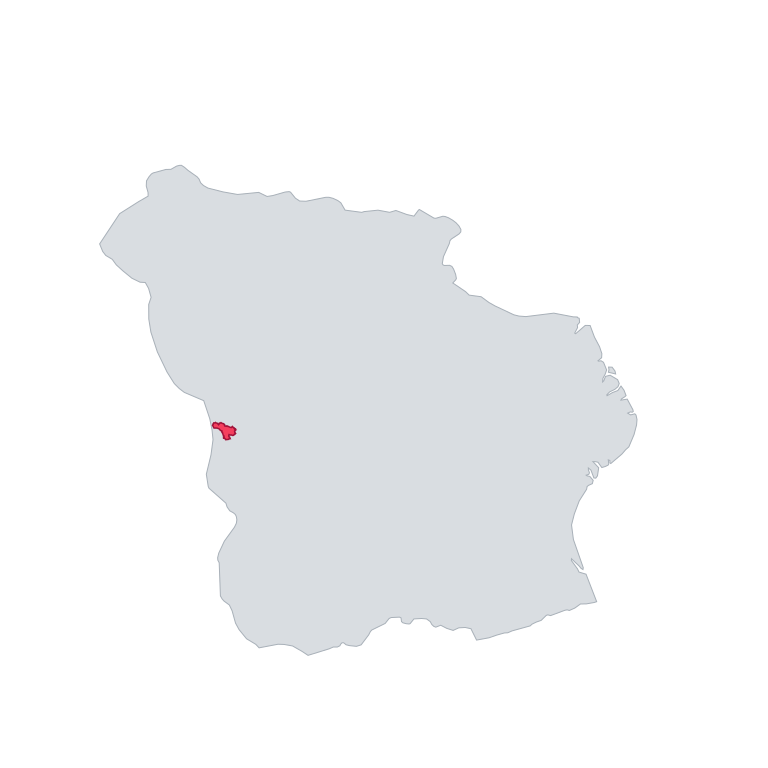 Babura, Jigawa, Nigeria (highlighted), rotated 250°
{"feature_id": "59680162B12953009585437", "entity_name": "Babura", "entity_type": "district", "adm_level": 2, "iso_a3": "NGA", "parent_name": "Nigeria", "parent_adm1": "Jigawa", "projection": "orthographic", "projection_center": [8.842, 12.599], "detail": "fine", "context": "in_parent", "style": "filled", "palette": "rose", "viewbox_px": 768, "rotation_deg": 250, "n_neighbors": 0, "source": "geoboundaries", "source_scale": "gbopen_adm2", "svg_char_len": 5718}
<svg xmlns="http://www.w3.org/2000/svg" viewBox="0 0 768 768"><g transform="rotate(250 384 384)"><path d="M612.9,164.7L634.5,193.9L639.3,215.8L641.2,226.6L644.7,227.8L651.3,228.3L656.1,230.3L659.0,233.9L660.9,237.2L661.3,239.2L660.2,252.4L658.6,257.2L659.7,263.7L659.4,266.5L658.8,268.4L655.9,270.6L651.9,272.8L642.5,279.3L639.8,280.3L635.8,280.5L632.3,282.2L628.3,285.6L619.6,298.4L612.2,311.2L606.9,331.8L600.2,338.3L599.1,344.0L598.2,356.8L597.2,360.7L596.2,361.8L588.9,364.3L584.8,367.3L582.4,373.2L579.4,392.9L578.3,396.1L575.9,399.6L572.2,403.3L569.1,405.4L560.7,406.9L552.9,421.8L552.8,424.3L549.4,437.8L543.4,448.0L543.0,454.5L535.4,463.5L531.5,469.6L535.6,475.9L535.9,476.9L522.8,487.7L522.0,489.3L521.5,496.7L520.5,498.7L518.1,501.5L514.5,504.5L510.9,506.8L506.8,508.5L502.9,509.1L500.7,508.2L499.4,506.0L497.2,496.9L496.1,495.0L493.5,493.3L483.3,483.4L477.1,479.9L475.8,480.2L474.8,481.1L473.1,486.2L471.3,488.0L468.1,488.7L462.5,488.8L458.4,488.1L457.4,487.1L455.4,483.2L442.8,492.3L438.4,494.4L432.8,505.1L424.8,510.4L419.3,515.1L404.6,529.7L401.7,534.0L398.8,540.4L392.5,567.8L382.3,584.9L380.9,588.5L380.3,588.4L379.0,589.9L375.0,588.9L373.3,585.8L370.8,585.2L366.6,580.6L365.7,581.3L370.2,593.1L368.5,597.7L356.1,597.8L345.3,599.3L338.0,599.1L334.3,597.5L332.6,593.0L332.0,593.5L331.6,595.9L329.3,597.7L321.0,598.0L317.4,595.0L314.4,591.6L311.2,590.1L311.7,591.5L315.4,594.8L314.9,599.5L308.2,605.0L304.0,605.2L301.4,602.9L300.0,599.0L299.4,593.3L297.6,589.6L296.7,589.6L297.8,595.7L297.9,601.5L301.0,606.0L296.1,607.4L290.3,607.5L289.6,605.8L288.8,602.1L287.8,601.1L286.6,607.4L274.6,609.1L272.9,608.8L272.6,607.6L273.5,605.9L273.3,603.0L270.6,605.2L270.2,609.5L268.7,610.2L264.1,609.6L259.1,607.3L251.0,601.7L241.2,592.6L239.6,588.6L236.8,583.6L231.7,569.9L232.6,569.3L234.9,570.1L236.0,568.8L231.9,567.8L231.1,566.8L230.8,563.8L231.0,560.1L237.3,558.3L238.7,556.1L239.6,553.8L231.9,557.1L224.7,553.2L223.1,550.8L223.9,549.1L232.3,549.0L235.2,547.3L233.4,546.7L230.3,546.7L229.1,545.6L229.2,542.8L228.2,543.4L226.8,545.8L221.9,547.6L219.1,545.7L218.8,541.7L218.2,539.8L215.8,538.4L207.4,527.5L196.8,518.4L187.4,512.0L173.1,508.8L143.2,508.4L141.6,507.5L143.4,506.1L146.0,505.2L155.7,500.4L154.1,499.7L144.1,502.6L140.6,502.9L136.2,508.8L106.7,509.4L106.8,506.7L108.2,498.8L110.1,493.4L108.2,486.7L107.8,480.7L109.1,478.9L109.5,476.7L109.4,461.3L111.0,459.0L111.1,457.4L108.1,450.8L108.2,445.8L107.7,440.9L106.7,438.7L108.2,419.9L107.9,415.2L108.9,411.9L109.5,403.8L109.6,395.9L111.7,383.4L124.3,382.0L127.4,377.1L129.3,370.9L128.8,364.7L132.9,359.4L137.9,354.8L137.8,349.5L139.2,347.9L141.6,346.7L144.9,346.2L148.7,343.6L150.8,339.1L153.0,331.8L149.9,326.6L149.9,325.5L151.2,322.8L153.2,320.0L154.8,319.2L158.4,320.0L159.6,318.9L162.1,310.8L161.9,308.6L158.6,303.2L157.0,288.4L156.0,286.5L153.5,283.8L146.7,273.3L146.9,268.4L149.9,262.2L151.9,259.2L154.6,257.6L155.2,256.1L154.4,254.4L153.1,253.0L152.8,250.2L154.2,246.3L153.9,242.0L155.0,219.8L160.7,215.6L169.1,208.5L173.4,201.1L175.7,195.4L178.8,176.4L183.2,174.5L191.6,167.7L202.8,163.8L210.1,162.7L222.8,163.7L229.2,163.1L234.8,159.4L237.3,158.4L240.8,157.8L272.4,168.0L275.3,167.6L277.7,168.3L281.6,170.9L290.9,180.2L300.6,194.5L303.6,197.6L306.7,199.3L309.8,199.9L312.2,199.7L314.5,198.4L317.6,195.7L322.2,194.5L326.1,194.7L345.9,183.9L347.9,183.8L360.0,186.2L376.6,197.2L390.2,204.3L399.7,206.7L411.0,208.4L430.0,208.9L444.4,193.5L449.7,190.1L456.1,187.1L469.5,184.2L491.7,182.0L512.5,182.7L525.5,185.2L539.2,190.1L545.1,194.8L554.4,195.5L561.0,194.4L563.1,189.6L569.6,183.3L579.5,177.4L587.5,173.2L594.1,171.3L600.0,166.5L604.7,165.0L612.9,164.7ZM321.8,604.1L317.2,605.5L314.2,605.1L318.3,598.9L320.4,600.3L323.1,600.8L321.8,604.1Z" fill="#d9dde1" stroke="#a8b0b8" stroke-width="1"/><path d="M385.1,219.2L385.5,219.7L385.4,220.1L385.4,220.4L385.4,220.6L385.3,220.8L386.0,220.8L387.1,220.7L387.4,220.4L387.5,220.2L388.5,220.4L388.7,220.5L389.2,220.8L389.5,221.1L389.1,221.5L388.8,221.7L388.7,221.8L388.5,222.5L388.3,223.0L388.1,223.5L387.8,223.7L387.7,223.8L387.3,224.4L387.3,225.1L387.8,225.8L387.7,225.9L387.6,226.1L387.6,226.3L387.9,226.9L388.0,226.9L388.1,227.1L388.3,227.6L389.2,227.1L389.4,227.2L389.6,227.5L390.5,227.4L390.8,227.4L391.2,228.2L391.5,229.0L391.8,228.7L391.8,228.8L392.1,229.0L392.4,229.0L392.6,228.7L393.1,228.4L393.4,228.2L393.4,228.4L393.5,228.3L393.9,228.3L394.5,227.6L394.8,227.4L395.4,227.3L396.0,227.0L395.3,225.6L395.4,225.4L396.0,224.6L396.2,224.3L396.7,223.8L397.0,223.6L397.5,223.0L397.5,222.9L397.8,222.8L397.9,222.7L398.0,222.6L398.4,222.0L398.1,221.7L398.4,221.2L398.5,221.0L398.7,220.7L398.7,220.4L399.2,219.9L399.5,219.9L399.7,220.1L399.8,220.2L400.3,220.3L400.8,219.9L401.0,219.9L401.5,219.8L401.7,219.5L401.9,219.1L402.7,218.1L403.5,217.6L403.2,216.6L403.3,216.3L403.5,216.2L403.6,215.9L403.2,215.5L402.6,215.2L402.4,214.8L402.3,214.6L403.5,214.2L404.4,213.7L404.5,213.4L404.8,212.9L405.1,212.7L405.4,212.5L405.3,212.4L405.3,212.2L405.4,211.4L405.7,210.7L404.9,210.0L404.8,209.5L404.3,209.5L404.2,209.4L404.1,209.2L403.8,208.7L403.3,208.8L402.5,209.0L402.4,209.0L400.9,209.1L400.3,210.2L400.3,210.6L399.6,212.1L399.4,212.4L398.1,213.8L397.4,214.1L396.9,214.2L396.3,214.4L395.8,215.1L395.4,215.6L394.8,215.2L394.7,215.2L394.7,215.3L394.4,215.4L394.3,215.5L394.2,215.5L393.9,215.6L393.8,215.3L393.5,215.4L393.2,215.4L392.7,215.4L392.2,215.5L390.6,215.4L390.3,215.5L389.9,215.8L389.8,215.7L389.5,215.6L389.3,215.6L389.0,215.6L388.9,215.6L388.9,215.0L388.4,215.1L387.9,214.8L387.8,215.0L387.7,215.3L387.3,215.7L387.1,215.9L386.6,216.0L385.9,216.1L385.9,216.7L385.8,216.8L385.7,216.8L385.5,217.2L385.5,217.3L385.4,218.0L385.3,218.3L385.1,219.2Z" fill="#f43f5e" stroke="#9f1239" stroke-width="1.5"/></g></svg>